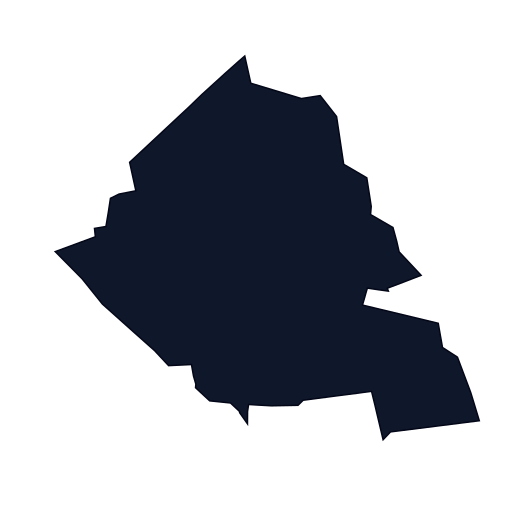 Bacoachi, Sonora, Mexico (orthographic projection), rotated 352°
{"feature_id": "50627088B75325241726105", "entity_name": "Bacoachi", "entity_type": "district", "adm_level": 2, "iso_a3": "MEX", "parent_name": "Mexico", "parent_adm1": "Sonora", "projection": "orthographic", "projection_center": [-109.957, 30.68], "detail": "fine", "context": "isolated", "style": "filled", "palette": "ink", "viewbox_px": 512, "rotation_deg": 352, "n_neighbors": 0, "source": "geoboundaries", "source_scale": "gbopen_adm2", "svg_char_len": 1179}
<svg xmlns="http://www.w3.org/2000/svg" viewBox="0 0 512 512"><g transform="rotate(352 256 256)"><path d="M441.4,384.2L427.9,372.5L427.9,371.1L427.5,360.2L427.1,348.0L365.5,323.7L354.6,319.4L356.4,315.4L358.5,310.7L359.8,307.7L361.8,303.3L373.4,306.7L382.2,309.2L381.5,306.2L399.2,302.2L416.8,298.1L416.6,297.8L398.3,271.8L397.4,261.0L395.6,246.8L394.1,245.7L385.3,238.8L375.2,230.9L377.0,223.0L376.9,215.0L376.6,194.0L355.6,177.4L355.2,129.1L341.9,106.1L322.9,106.4L274.9,84.2L272.7,56.4L266.8,60.2L250.9,70.8L225.1,88.4L210.1,99.3L200.5,106.0L146.1,144.1L143.9,145.6L146.1,174.7L129.0,175.6L119.9,178.6L115.8,192.3L111.5,205.9L99.9,206.2L99.6,214.6L57.8,223.7L65.7,234.3L80.6,254.3L97.2,282.2L124.9,315.0L134.5,326.3L142.5,335.7L144.5,338.6L154.2,352.4L177.0,354.5L177.4,366.2L178.6,374.5L177.8,378.0L186.5,388.7L190.0,393.0L210.3,398.0L218.0,407.6L218.0,408.9L224.2,421.0L226.0,408.8L228.0,402.0L236.8,403.8L249.5,406.3L249.8,406.4L276.8,409.7L282.6,405.4L314.7,405.7L338.3,406.0L342.6,406.0L351.6,406.1L353.1,421.0L353.6,426.5L356.3,455.6L364.7,448.9L454.2,450.2L450.9,429.0L450.1,424.0L449.6,420.9L441.4,384.2Z" fill="#0f172a" stroke="#020617" stroke-width="1.5"/></g></svg>